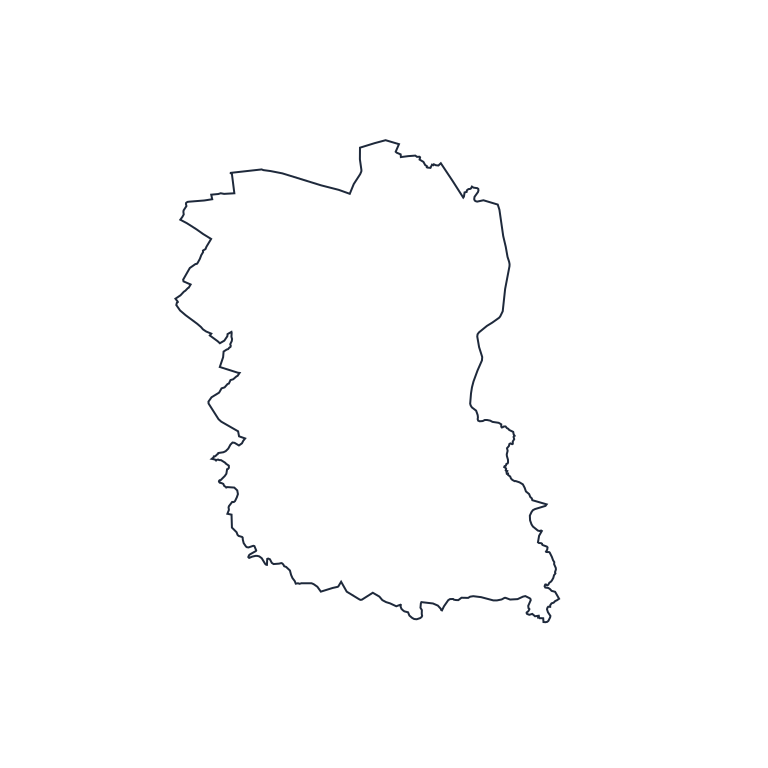 the district of Bien Hoa, Đồng Nai, Vietnam, rotated 211°
{"feature_id": "81297802B63438000976754", "entity_name": "Bien Hoa", "entity_type": "district", "adm_level": 2, "iso_a3": "VNM", "parent_name": "Vietnam", "parent_adm1": "Đồng Nai", "projection": "albers", "projection_center": [106.866, 10.914], "detail": "fine", "context": "isolated", "style": "outline", "palette": "slate", "viewbox_px": 768, "rotation_deg": 211, "n_neighbors": 0, "source": "geoboundaries", "source_scale": "gbopen_adm2", "svg_char_len": 6154}
<svg xmlns="http://www.w3.org/2000/svg" viewBox="0 0 768 768"><g transform="rotate(211 384 384)"><path d="M451.4,192.1L447.4,193.5L440.4,182.6L434.0,181.0L431.9,179.3L430.4,178.9L426.9,179.8L426.1,179.6L424.8,177.8L422.3,175.3L418.6,173.6L417.5,173.5L416.0,174.1L412.7,178.0L411.6,178.3L407.8,175.5L407.8,174.8L411.1,169.0L411.5,167.7L411.2,165.8L410.4,165.5L410.0,165.5L408.1,168.1L405.6,170.5L404.1,171.4L402.1,172.0L399.1,171.7L393.2,168.6L391.8,168.4L391.2,168.7L394.0,173.9L393.4,174.7L391.5,175.0L388.1,172.9L385.9,172.8L381.4,176.0L379.8,177.6L378.7,177.8L377.1,177.3L375.7,176.4L373.7,176.8L368.6,175.7L365.3,172.5L362.5,170.5L359.0,169.1L356.8,167.4L355.1,168.9L353.6,169.2L352.0,170.8L343.4,175.9L341.2,176.2L336.7,175.9L331.2,173.5L322.9,182.8L319.2,186.3L318.9,187.0L318.9,192.4L309.0,186.8L294.5,186.7L293.1,186.8L291.9,187.7L286.1,199.3L278.5,199.4L274.1,197.9L269.9,198.1L265.8,199.1L259.0,199.8L256.2,203.3L255.8,203.3L255.2,201.8L253.3,200.3L251.4,199.8L249.5,199.6L245.8,200.7L243.0,198.6L239.4,198.0L237.1,198.1L234.8,199.2L232.4,202.0L231.8,203.6L231.9,204.9L233.2,206.3L235.1,209.7L237.5,211.0L239.4,214.9L239.6,216.3L229.0,221.1L223.7,221.8L219.7,220.6L218.5,219.7L217.7,219.8L218.1,224.3L217.6,231.8L216.6,233.7L214.0,235.3L213.2,235.1L211.4,235.7L209.0,237.0L207.5,240.7L201.7,244.0L200.6,246.1L198.2,248.1L191.0,251.3L178.9,254.8L175.6,256.8L172.2,259.9L170.5,262.8L169.7,263.3L164.9,264.2L158.7,268.4L155.3,273.4L153.6,275.0L148.7,275.4L147.8,275.2L146.9,274.3L146.1,268.1L144.7,266.3L143.5,266.0L143.3,265.6L143.3,263.4L144.0,261.8L143.9,261.2L142.9,260.6L140.6,261.0L138.5,263.3L134.9,262.7L132.0,265.1L131.7,264.8L132.1,263.6L131.6,263.2L131.2,264.0L130.0,263.4L126.9,265.2L124.7,262.1L122.9,263.0L121.6,264.2L121.1,265.6L121.4,269.5L121.9,270.9L125.9,272.8L127.3,274.0L128.3,274.9L128.7,276.6L128.5,277.7L126.8,278.6L127.6,280.0L127.4,282.3L126.0,283.9L125.4,286.3L124.6,287.3L123.3,290.1L130.3,294.0L133.8,293.0L136.1,293.7L138.1,293.8L140.9,292.6L142.2,293.4L142.5,295.1L142.0,295.6L140.9,295.4L140.2,295.7L139.8,296.6L139.9,298.9L139.2,300.3L138.9,301.9L139.0,305.0L139.8,307.7L139.5,309.9L140.5,310.8L141.1,313.5L142.0,314.8L145.4,317.2L146.3,319.0L148.3,320.0L151.0,322.2L155.2,324.9L156.0,324.9L158.3,323.6L158.8,323.7L158.8,326.1L159.7,328.2L160.7,328.5L164.9,327.7L165.7,327.8L166.3,328.5L167.3,328.5L169.3,327.5L170.5,327.6L172.9,333.8L173.0,339.3L173.9,339.3L174.8,338.2L176.6,337.6L182.9,338.5L185.2,339.6L188.6,342.4L191.2,346.3L191.6,350.1L191.4,352.5L190.2,354.5L182.8,362.7L182.6,364.6L197.0,360.8L198.4,362.1L200.4,362.5L202.9,364.4L207.0,365.0L210.0,367.5L213.3,369.5L217.2,369.5L221.2,368.6L222.0,368.0L224.6,367.9L226.5,368.4L228.2,369.7L230.7,369.9L231.5,371.1L232.5,370.3L234.2,372.2L233.5,372.4L233.5,372.9L235.2,372.7L235.7,374.3L236.3,374.6L238.2,374.7L238.3,375.7L237.5,376.7L237.9,378.6L237.1,379.6L237.3,380.7L238.7,382.9L241.6,385.6L242.6,387.0L243.6,390.4L245.5,392.3L245.0,395.0L245.6,397.3L245.0,398.2L243.2,398.4L242.8,399.1L244.0,401.0L244.0,403.8L245.7,405.4L245.8,406.3L245.4,406.9L246.9,407.6L248.6,409.5L253.0,409.1L254.4,409.6L255.9,409.5L257.9,410.2L259.4,409.3L260.0,408.0L260.7,407.4L261.5,407.8L262.7,409.8L265.7,409.8L271.5,407.4L274.1,407.3L277.2,406.2L279.1,405.0L280.3,403.1L282.8,401.3L284.4,401.1L285.6,402.1L286.3,403.8L287.7,405.6L291.3,408.6L296.6,409.2L298.6,410.2L300.0,411.5L304.6,420.8L306.9,426.5L308.6,432.3L310.8,443.8L312.2,454.7L313.7,457.7L321.5,464.6L328.5,472.7L329.4,474.8L329.2,477.1L325.7,486.8L322.8,492.4L319.4,500.2L319.2,501.9L319.7,507.5L329.1,527.8L337.1,549.6L338.1,551.4L339.7,553.2L343.6,556.6L350.3,564.3L358.0,572.2L374.8,592.8L378.9,596.4L393.4,592.7L398.1,588.3L399.7,587.9L400.7,588.0L401.9,588.9L402.8,591.1L402.3,596.9L402.7,598.5L403.7,599.8L404.9,599.9L408.5,598.4L410.3,598.5L410.2,596.4L410.8,595.4L412.0,594.6L412.7,592.7L412.1,591.2L413.6,589.7L412.0,585.8L412.1,584.6L429.6,593.3L449.0,602.5L449.9,599.3L452.3,598.2L454.4,598.0L454.4,597.0L455.8,596.8L455.5,593.2L458.2,591.9L458.9,591.8L459.4,592.8L461.5,592.9L464.6,594.7L469.1,594.7L469.8,596.9L470.6,597.1L472.7,595.7L474.8,595.9L480.6,591.8L486.4,587.2L488.0,589.4L492.3,588.8L493.6,589.1L494.7,597.3L508.2,593.8L516.1,585.6L526.3,574.2L520.4,564.2L513.5,555.7L512.9,554.5L512.5,551.6L512.9,539.8L511.3,529.4L522.8,527.1L540.2,521.9L579.6,512.2L590.9,508.1L597.6,505.2L599.4,504.9L624.7,485.6L622.7,485.9L610.5,470.4L619.0,464.6L622.2,463.4L623.9,461.5L629.6,457.3L626.4,453.9L632.5,448.8L645.1,439.8L646.2,438.9L646.9,437.4L646.5,436.3L645.0,434.8L645.2,429.6L644.6,428.2L643.0,426.2L642.9,423.5L643.2,419.9L635.9,420.3L624.2,420.0L616.4,419.4L606.9,419.3L606.9,410.2L606.5,407.7L607.9,405.1L607.0,403.9L607.0,400.3L606.3,396.5L606.1,391.9L606.3,390.6L607.4,389.7L610.2,383.4L609.9,370.0L608.7,368.7L601.0,369.7L601.0,365.9L601.5,365.2L602.3,361.7L603.1,360.0L604.1,355.3L606.7,349.7L603.1,348.3L602.9,348.0L603.4,347.0L602.7,344.7L596.7,342.0L589.5,340.8L575.1,339.4L570.3,338.6L567.3,337.6L563.5,337.4L558.0,338.2L558.3,335.9L548.6,335.0L545.7,334.4L543.2,338.9L542.9,344.3L543.8,346.2L541.6,350.1L541.0,349.5L539.1,345.9L537.4,344.3L536.6,342.4L536.3,338.9L535.0,337.8L534.7,336.6L535.3,335.5L535.6,333.6L536.6,332.5L538.2,329.2L535.7,324.1L533.5,314.0L515.1,318.4L513.5,319.1L513.7,315.6L514.4,314.5L515.7,310.4L517.6,308.3L517.2,304.5L518.1,303.4L518.9,299.0L521.0,296.6L520.9,291.7L525.0,283.8L525.4,278.5L524.3,276.9L507.7,268.6L504.1,267.9L484.7,268.3L481.3,264.5L475.0,265.8L475.4,262.9L475.2,260.0L476.7,256.6L481.8,256.6L483.7,255.8L484.4,252.9L484.2,248.4L485.1,244.9L486.5,242.8L490.5,239.5L490.4,238.2L491.0,237.3L491.0,236.5L491.6,235.0L492.6,234.3L492.3,233.4L493.1,231.1L490.0,232.2L488.6,231.9L488.5,232.6L487.3,233.8L486.1,233.9L484.4,234.8L479.3,234.7L478.8,234.3L475.0,234.1L473.8,232.3L474.0,230.7L474.6,230.1L472.9,225.9L473.1,223.1L474.6,217.1L475.3,216.9L475.5,216.2L475.2,215.3L474.0,214.8L472.1,215.4L470.3,215.6L468.4,214.3L466.5,214.3L465.9,214.0L465.1,215.0L459.0,218.1L455.0,217.2L452.5,214.4L451.8,211.1L451.4,206.9L452.0,205.4L453.4,204.7L454.0,199.5L453.7,198.2L452.1,196.2L451.4,192.1Z" fill="none" stroke="#1e293b" stroke-width="2"/></g></svg>